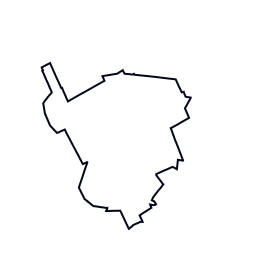 outline of Pecineaga, Constanta, Romania, rotated 65°
{"feature_id": "2599482B178784761980", "entity_name": "Pecineaga", "entity_type": "district", "adm_level": 2, "iso_a3": "ROU", "parent_name": "Romania", "parent_adm1": "Constanta", "projection": "mercator", "projection_center": [28.482, 43.893], "detail": "fine", "context": "isolated", "style": "outline", "palette": "ink", "viewbox_px": 256, "rotation_deg": 65, "n_neighbors": 0, "source": "geoboundaries", "source_scale": "gbopen_adm2", "svg_char_len": 4715}
<svg xmlns="http://www.w3.org/2000/svg" viewBox="0 0 256 256"><g transform="rotate(65 128 128)"><path d="M36.6,180.6L37.3,180.7L38.9,180.6L39.5,180.6L39.8,180.6L39.9,180.8L39.9,181.5L40.0,181.5L40.5,181.5L41.0,181.5L41.6,181.5L42.6,181.5L43.4,181.5L43.7,181.5L44.4,181.6L46.4,181.6L47.5,181.6L48.3,181.7L49.3,181.7L50.3,181.7L51.5,181.7L52.3,181.7L53.6,181.7L53.9,181.7L54.8,181.7L55.6,181.8L56.6,181.8L58.3,181.9L59.1,181.9L59.7,181.9L60.0,181.9L60.5,181.9L61.2,181.9L61.9,181.9L62.5,182.0L62.8,182.0L63.4,182.0L63.5,182.0L63.7,182.4L63.8,182.6L64.1,183.2L64.3,183.7L64.6,184.2L64.8,184.6L65.1,185.6L65.5,186.3L66.1,187.6L67.1,189.5L67.6,190.5L68.0,191.2L68.4,192.1L68.6,192.5L68.8,192.6L69.5,194.0L69.8,194.3L70.0,194.5L70.3,194.6L71.7,194.9L74.4,195.7L75.3,195.9L76.7,196.3L77.8,196.6L78.3,196.8L79.4,197.0L79.7,197.0L80.0,197.1L80.4,197.2L80.6,197.3L81.0,197.3L81.0,197.2L81.4,197.1L81.9,197.2L82.5,197.2L82.8,197.2L83.4,197.3L83.7,197.3L84.3,197.3L85.0,197.3L85.9,197.3L86.8,197.4L89.8,197.5L92.6,197.6L92.8,197.6L95.6,196.7L99.6,195.4L102.4,194.5L102.6,192.7L102.6,192.0L102.6,191.8L102.6,189.8L102.7,185.9L103.1,185.9L104.6,185.9L104.9,185.9L106.2,185.9L108.8,185.8L114.8,185.5L119.3,185.3L124.5,185.0L129.1,184.8L130.0,184.7L132.0,184.6L134.9,184.5L137.5,184.4L139.0,184.3L140.5,184.3L141.6,184.2L141.6,179.7L141.8,179.7L142.0,179.9L142.2,179.6L142.4,179.8L145.2,182.5L148.1,185.3L151.0,188.0L153.3,190.1L155.9,192.6L157.0,193.7L159.0,195.6L160.5,196.9L161.0,197.4L161.3,197.6L161.5,197.7L162.4,197.7L164.1,197.6L166.4,197.6L168.6,197.5L170.6,197.5L172.5,197.4L173.8,197.4L174.1,197.4L174.3,197.3L174.6,197.1L175.1,196.8L176.1,196.3L177.0,195.7L177.2,195.9L181.0,193.8L181.3,193.8L181.5,193.8L184.3,192.2L184.4,191.8L184.7,191.5L184.8,191.2L185.0,190.9L185.3,190.6L185.7,189.9L186.1,189.3L186.3,189.0L186.5,188.6L186.7,188.4L186.9,188.1L187.4,187.3L187.8,186.8L188.0,186.4L188.4,185.8L188.9,185.0L189.2,184.6L189.4,184.3L189.8,183.6L190.8,182.2L191.3,181.4L191.6,181.1L191.8,180.8L191.8,180.6L192.0,180.7L192.4,180.9L192.6,181.1L192.8,181.3L192.9,181.6L193.1,181.8L193.5,182.3L194.0,183.0L194.1,182.9L194.7,181.4L195.4,179.7L196.2,177.9L197.0,176.0L197.8,174.2L198.9,171.7L199.3,170.9L199.5,170.4L199.6,170.1L199.8,170.1L200.6,169.9L203.1,169.9L203.9,169.9L204.0,169.9L205.5,169.9L206.6,169.9L207.2,169.9L208.5,169.9L209.6,169.9L210.5,169.9L212.3,169.9L213.7,169.9L215.1,169.9L219.8,169.9L219.8,169.7L219.5,168.8L219.4,168.1L219.2,167.4L218.7,165.6L218.6,165.3L218.5,165.0L218.5,164.9L218.3,164.7L218.2,164.5L218.2,164.2L218.2,163.8L218.2,163.5L218.2,162.3L218.2,161.4L218.2,160.6L218.3,160.2L218.3,159.6L218.3,159.2L218.3,158.6L218.3,158.3L218.3,157.1L218.4,156.5L218.4,156.0L218.5,155.8L218.6,155.4L218.8,155.1L218.9,154.9L219.0,154.8L219.2,154.7L219.3,154.5L218.4,154.4L216.5,154.4L215.7,154.4L215.3,154.4L214.0,154.4L213.3,154.4L212.1,154.4L211.5,150.5L211.0,146.6L210.5,142.7L210.2,140.5L206.7,140.3L208.1,138.3L208.5,137.8L208.9,136.9L209.1,135.8L209.0,134.8L208.4,134.9L207.8,135.0L207.1,135.0L206.2,135.2L205.6,135.2L205.0,135.6L204.7,136.0L204.2,136.5L203.5,136.9L202.8,136.0L202.2,135.4L201.8,135.1L200.9,133.4L200.4,132.5L198.7,129.3L197.3,126.5L195.9,123.3L195.7,123.0L194.1,120.1L194.0,119.9L193.9,120.0L190.2,120.7L188.5,121.1L186.3,121.6L184.3,122.0L183.0,122.3L182.8,122.3L182.6,122.2L182.4,122.1L181.9,121.8L181.8,121.7L181.7,121.7L181.8,113.7L182.0,109.7L182.0,107.0L182.1,104.2L182.1,103.9L182.5,103.7L183.9,102.6L186.0,101.2L183.9,99.8L181.7,98.5L179.1,96.9L177.9,96.2L178.2,95.8L178.6,95.3L178.6,95.2L178.8,95.0L178.9,94.8L179.1,94.5L180.5,92.4L180.8,92.0L180.7,91.8L177.9,91.6L176.4,91.5L174.0,91.3L170.7,91.1L169.2,91.0L167.5,90.9L167.1,90.8L162.6,90.6L160.6,90.4L160.5,90.5L158.8,90.4L157.4,90.3L156.1,90.1L155.0,90.0L154.3,90.0L153.0,89.9L150.5,89.6L149.3,89.5L148.5,89.4L147.2,89.4L146.3,89.3L146.2,89.3L145.9,83.4L145.8,82.4L145.8,81.8L145.6,79.9L145.5,79.3L145.5,78.7L145.2,75.9L145.1,74.4L145.0,73.2L144.9,72.5L144.9,71.8L144.6,68.4L142.8,68.3L139.7,68.2L134.3,68.1L133.3,66.8L132.2,65.2L129.9,62.1L128.4,59.9L127.2,58.4L126.9,58.3L126.0,59.7L125.0,61.2L124.4,62.1L124.1,62.4L123.8,62.6L123.0,62.5L119.4,62.4L118.8,62.2L118.4,64.2L111.5,64.3L104.1,64.2L102.2,67.2L100.9,69.4L94.4,79.8L93.5,81.2L89.0,88.7L84.9,95.6L82.7,99.1L82.4,99.7L81.4,99.8L81.5,100.5L81.5,101.2L79.4,104.7L77.7,107.6L77.3,108.2L74.9,108.3L73.4,108.3L74.2,114.9L74.1,115.3L70.2,129.2L70.3,129.2L75.3,129.4L75.4,131.3L75.7,134.9L75.7,135.0L75.8,136.5L75.8,136.8L75.9,138.0L76.4,144.3L76.8,149.3L77.2,154.7L77.2,155.6L77.5,159.0L78.5,171.2L77.3,171.2L74.3,171.2L73.3,171.1L67.9,171.0L63.7,170.8L63.6,171.6L50.1,171.5L41.3,171.3L36.2,171.2L36.6,180.6Z" fill="none" stroke="#020617" stroke-width="2"/></g></svg>